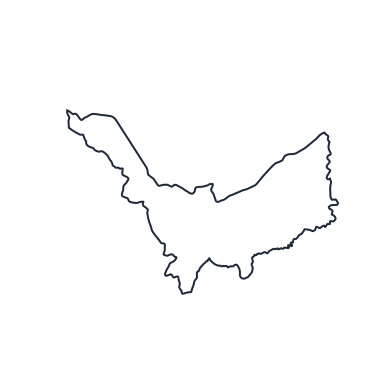 Yarula, La Paz, Honduras, rotated 109°
{"feature_id": "27666195B51928369453828", "entity_name": "Yarula", "entity_type": "district", "adm_level": 2, "iso_a3": "HND", "parent_name": "Honduras", "parent_adm1": "La Paz", "projection": "albers", "projection_center": [-88.087, 14.087], "detail": "fine", "context": "isolated", "style": "outline", "palette": "slate", "viewbox_px": 384, "rotation_deg": 109, "n_neighbors": 0, "source": "geoboundaries", "source_scale": "gbopen_adm2", "svg_char_len": 5990}
<svg xmlns="http://www.w3.org/2000/svg" viewBox="0 0 384 384"><g transform="rotate(109 192 192)"><path d="M100.1,78.2L99.8,78.5L98.6,80.2L98.2,80.6L97.5,80.9L95.5,81.1L95.0,81.3L94.6,81.7L93.6,84.9L92.7,86.0L94.2,87.9L96.6,89.7L102.1,92.2L103.5,93.2L112.4,98.6L113.9,99.6L121.4,106.1L123.1,108.4L124.3,111.7L125.0,113.1L126.2,114.6L127.3,115.7L128.9,116.4L131.9,116.7L132.9,117.1L134.2,118.3L137.6,122.3L138.8,123.1L141.2,124.4L146.9,127.0L153.7,129.9L163.5,133.6L165.0,134.4L171.2,140.7L174.1,144.8L181.3,152.7L183.0,154.8L183.9,155.7L188.1,158.6L189.2,159.6L190.4,161.3L192.2,163.3L192.8,164.1L193.1,165.0L193.1,165.8L192.6,166.6L186.9,171.0L185.2,173.3L184.2,174.4L183.2,174.8L180.1,174.5L178.9,174.6L178.0,174.8L177.7,175.4L178.7,177.7L180.9,179.7L181.4,180.6L183.3,183.3L185.5,188.3L186.3,189.6L186.8,189.9L187.5,190.0L190.3,189.7L191.7,189.9L192.9,190.5L193.6,191.4L193.8,192.6L193.8,193.9L193.0,196.7L192.6,199.1L191.5,202.5L190.5,208.9L190.9,211.0L193.1,212.4L193.6,212.9L193.2,217.8L194.3,221.0L196.7,224.8L196.9,225.6L196.7,226.5L193.9,230.1L191.9,233.0L190.7,236.8L189.7,239.2L185.8,241.3L183.7,243.0L148.9,287.0L147.6,289.1L146.9,291.1L146.7,292.3L146.8,293.7L147.7,298.8L148.7,302.7L149.4,307.2L150.5,311.4L152.2,313.4L154.9,315.7L156.5,317.4L157.5,318.2L159.3,319.2L159.7,319.6L159.9,320.1L159.7,321.1L156.0,326.5L156.1,328.2L156.4,328.8L157.0,329.4L157.1,330.0L156.7,331.8L155.9,333.5L155.5,336.5L157.2,336.0L158.2,335.5L159.4,334.4L160.9,332.7L161.6,332.2L165.5,331.8L167.9,330.7L171.3,329.4L172.3,326.3L173.4,321.9L174.2,316.9L174.2,316.4L173.5,314.5L173.5,313.5L173.8,313.1L175.1,312.2L177.3,310.3L178.5,308.6L180.1,308.1L180.9,307.5L181.8,306.5L182.3,305.2L182.6,303.7L182.7,299.3L184.1,297.5L184.2,296.8L184.3,293.4L183.7,292.2L183.0,291.2L182.8,290.3L183.0,288.6L183.9,286.0L185.2,283.4L188.2,280.3L189.3,278.3L190.9,276.8L192.7,275.6L193.1,273.8L193.8,272.1L193.0,269.6L193.0,269.0L193.4,268.4L193.4,267.8L192.5,265.8L192.5,265.5L192.6,265.1L197.1,264.0L198.0,263.5L198.4,262.8L198.6,262.0L199.0,258.5L199.3,257.5L199.8,256.7L200.4,256.3L201.2,256.2L202.8,256.8L204.6,257.0L208.2,258.7L209.0,258.5L210.3,258.5L211.9,257.8L216.7,257.6L217.7,257.3L218.3,256.9L218.6,256.3L218.8,255.4L218.9,250.9L219.4,250.3L220.7,249.0L221.2,248.4L221.5,247.5L221.5,246.2L221.1,243.5L220.6,241.1L217.9,237.1L217.1,235.2L217.1,234.8L217.4,234.7L218.2,234.9L219.0,234.7L219.9,234.4L220.6,233.8L221.0,233.1L221.5,231.4L222.2,229.5L222.6,228.6L223.1,228.0L223.6,227.8L224.9,227.8L226.6,227.4L231.2,224.8L233.9,223.0L238.1,219.6L240.6,217.9L241.9,216.8L242.8,215.7L244.4,213.4L248.0,207.7L250.2,204.8L250.3,204.0L249.8,201.8L249.9,201.2L250.2,200.8L251.1,200.3L254.2,199.4L256.1,198.7L259.7,198.7L260.3,198.5L260.6,197.8L260.6,196.8L260.3,194.5L258.1,192.1L257.7,191.5L257.5,190.8L257.7,189.3L258.5,188.1L258.7,187.3L258.9,186.5L258.8,185.6L258.9,185.4L260.1,185.4L262.2,186.0L264.3,187.4L266.0,189.2L266.8,189.7L269.8,189.8L273.2,190.6L278.2,190.9L279.0,190.5L279.6,189.7L279.5,188.8L278.8,187.8L277.1,185.9L276.7,185.1L277.0,184.2L278.4,182.4L278.8,181.5L278.1,180.3L276.8,178.9L276.6,178.2L276.7,177.5L277.6,176.9L279.3,176.0L282.1,174.0L283.9,173.4L285.3,173.4L286.3,173.0L287.7,171.7L288.4,170.7L288.8,169.7L289.9,169.3L290.7,168.8L291.2,168.2L291.3,167.7L288.1,163.0L287.0,160.5L286.6,160.2L283.9,160.4L279.0,160.3L275.9,160.7L273.8,160.2L272.2,159.6L271.4,159.5L270.7,159.6L267.0,161.1L266.2,161.1L265.3,160.7L264.9,160.0L260.7,159.5L256.4,157.7L254.7,156.6L252.6,155.8L252.5,155.6L252.5,155.2L252.3,155.0L251.7,154.8L250.1,154.6L249.3,154.3L249.1,154.0L249.3,153.6L250.3,152.9L251.1,151.6L252.8,147.1L253.0,145.9L253.1,143.0L252.5,141.6L252.6,139.7L252.2,138.9L251.6,138.2L251.6,137.4L250.7,135.2L250.8,134.8L251.5,133.7L251.5,133.3L249.7,131.5L249.1,129.2L248.4,128.6L247.5,128.2L246.8,127.4L246.3,126.5L246.3,125.9L246.4,125.4L247.7,123.8L249.7,121.9L252.1,120.6L255.1,119.6L256.3,118.7L257.0,117.6L257.3,116.3L257.2,115.1L256.6,113.9L254.0,111.3L250.7,110.0L249.0,109.4L248.3,109.3L246.6,109.4L243.9,109.8L241.5,111.9L240.3,112.2L239.0,111.7L238.3,111.8L237.3,112.2L234.8,113.7L233.8,113.6L232.9,112.7L232.2,112.5L231.2,112.5L230.9,111.9L231.0,111.2L230.9,110.9L230.4,110.5L229.4,110.2L228.9,109.3L228.3,108.9L228.1,106.7L226.2,105.0L225.2,103.7L225.1,102.7L225.5,101.5L225.3,100.7L222.1,99.4L221.1,98.1L220.0,97.3L219.4,96.5L218.8,95.2L218.8,94.2L218.0,93.5L217.5,92.8L217.5,92.5L218.0,91.9L217.8,91.3L217.2,90.5L216.5,89.9L216.2,89.4L216.2,88.1L216.0,87.4L215.6,87.0L214.7,86.8L214.5,86.4L214.2,85.5L213.8,83.0L213.5,82.5L213.2,82.3L212.9,82.3L212.6,82.7L212.2,83.5L210.9,83.6L210.6,82.0L210.9,80.7L210.7,80.3L210.4,80.0L209.9,79.9L209.6,80.1L209.2,81.2L208.8,81.9L208.4,82.0L207.9,82.0L207.4,81.6L207.2,80.8L206.8,80.2L205.9,80.5L204.9,80.6L203.5,80.4L202.9,79.6L202.7,78.7L202.3,78.2L201.3,77.7L197.6,76.5L196.9,76.0L196.6,75.2L196.2,74.9L193.3,73.9L191.2,73.6L190.5,73.3L189.6,69.0L189.5,67.1L189.8,66.0L189.6,64.8L189.1,64.3L187.9,63.3L184.7,63.2L184.4,62.7L184.3,62.0L184.4,60.6L184.6,60.1L184.4,59.2L181.4,57.2L180.9,56.4L180.9,55.9L181.6,55.1L181.5,54.5L180.3,54.1L178.5,53.8L177.9,53.2L177.7,51.7L177.1,51.2L175.5,51.8L174.7,51.8L174.2,51.2L174.1,49.6L173.7,48.7L172.6,48.0L171.4,47.5L170.4,47.6L169.1,48.5L168.2,50.0L167.9,51.3L167.8,52.2L167.4,52.6L164.4,52.8L163.7,53.5L163.2,55.1L163.1,56.5L162.3,57.5L161.6,57.7L160.7,57.3L159.4,56.3L158.5,54.7L157.2,51.0L156.8,50.6L155.1,50.2L152.9,52.6L152.3,53.6L152.3,53.9L152.8,54.5L153.2,56.2L153.7,57.0L153.6,57.6L153.3,58.0L150.7,59.9L148.2,60.7L145.0,62.1L141.4,63.1L137.3,63.7L134.4,66.0L135.3,66.8L135.7,68.0L135.4,68.7L134.8,69.3L132.5,69.4L128.0,68.4L126.7,68.3L126.2,68.9L125.4,71.8L124.8,72.6L124.2,72.9L123.6,73.0L122.7,72.9L119.4,71.7L118.6,71.6L118.1,71.9L117.6,72.4L116.8,74.1L116.3,74.8L115.7,75.2L115.0,75.4L114.2,75.3L113.3,75.0L112.8,74.6L111.9,73.6L111.2,73.2L110.9,73.2L109.9,73.8L107.6,76.1L106.0,77.2L104.6,77.7L102.7,78.1L101.3,78.3L100.1,78.2Z" fill="none" stroke="#1e293b" stroke-width="2"/></g></svg>